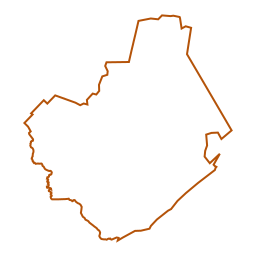 Brazoria, Texas, United States of America
{"feature_id": "52423323B52788200523187", "entity_name": "Brazoria", "entity_type": "district", "adm_level": 2, "iso_a3": "USA", "parent_name": "United States of America", "parent_adm1": "Texas", "projection": "albers", "projection_center": [-95.65, 29.212], "detail": "fine", "context": "isolated", "style": "outline", "palette": "amber", "viewbox_px": 256, "rotation_deg": 0, "n_neighbors": 0, "source": "geoboundaries", "source_scale": "gbopen_adm2", "svg_char_len": 2964}
<svg xmlns="http://www.w3.org/2000/svg" viewBox="0 0 256 256"><path d="M24.4,123.0L28.1,126.7L30.7,131.4L29.0,133.0L29.3,134.3L32.9,139.0L33.1,139.8L33.0,140.4L32.7,140.9L32.0,140.8L31.3,141.3L30.9,141.7L31.0,142.7L30.4,143.5L30.6,144.6L30.3,145.5L30.6,146.3L31.0,147.3L32.0,147.8L32.6,148.3L33.0,149.0L33.4,150.0L33.5,151.3L33.3,152.6L32.8,153.8L32.8,154.8L32.6,155.6L32.7,156.2L32.4,156.6L32.1,157.5L31.7,158.2L31.7,158.8L32.1,159.0L32.6,160.3L32.5,160.6L32.7,161.2L33.2,161.4L33.4,162.3L33.9,162.9L34.3,162.6L34.8,162.8L35.1,163.3L35.6,163.8L36.3,163.7L38.1,163.5L39.0,163.7L40.3,163.7L41.2,163.5L41.7,163.7L42.3,164.6L42.4,165.6L42.8,166.1L43.5,166.5L44.0,167.2L44.4,168.0L44.8,168.7L45.3,169.2L46.1,169.7L47.6,170.4L49.2,171.0L50.1,170.8L50.8,171.0L51.5,171.8L51.8,172.5L51.6,173.2L51.4,174.1L50.6,174.8L50.1,174.6L49.2,175.0L49.0,175.7L49.0,176.3L48.7,176.9L47.9,177.2L47.4,177.2L47.2,177.7L47.2,178.1L47.0,178.7L47.7,178.8L48.0,179.5L48.2,179.8L47.9,180.4L47.4,180.9L47.2,181.3L47.4,181.8L47.7,181.7L48.5,182.1L48.7,182.7L48.5,183.3L48.1,183.4L47.9,183.9L48.4,184.1L48.7,184.8L48.4,184.9L48.3,186.0L48.0,186.8L47.5,186.9L47.4,186.6L46.9,186.6L46.9,187.1L47.1,187.7L47.8,187.8L48.3,187.5L49.1,187.7L50.3,188.1L51.0,188.5L51.1,189.1L50.5,188.6L50.0,188.6L49.7,189.2L48.8,190.4L48.9,191.1L49.6,191.5L50.5,191.7L51.0,192.4L51.4,192.6L51.4,193.3L51.1,193.4L50.8,193.7L50.7,194.2L50.7,194.7L51.2,195.1L51.7,195.5L51.7,195.9L51.4,196.1L50.6,196.9L51.1,198.5L52.0,199.3L59.1,199.3L62.1,199.2L65.2,199.1L67.5,198.9L68.1,198.9L68.7,198.7L69.1,199.2L69.4,199.8L69.9,200.0L70.8,200.1L71.3,200.4L72.0,200.8L72.3,201.2L73.0,200.9L73.3,200.3L74.1,200.0L74.8,200.2L75.4,201.1L76.2,202.0L77.9,203.2L79.2,203.7L80.5,204.7L81.7,206.9L81.4,209.6L80.9,212.9L82.8,216.7L84.5,217.9L85.5,219.7L87.2,220.5L88.4,221.2L89.3,222.5L91.2,224.0L92.8,225.2L94.5,226.6L95.8,227.5L97.0,228.5L97.6,229.5L99.2,230.6L100.1,232.4L100.0,233.5L99.8,234.4L99.3,236.0L100.0,237.5L101.4,239.0L102.8,239.2L104.1,239.4L105.3,239.3L106.7,239.7L107.9,238.9L108.8,238.6L109.3,238.9L109.8,238.7L110.1,238.5L110.5,238.8L110.8,239.3L111.7,239.6L116.6,237.5L118.6,237.9L118.4,239.1L117.8,240.2L117.7,240.6L122.9,237.5L135.0,230.9L140.9,230.7L149.5,228.7L150.9,225.9L156.9,219.5L168.0,210.7L171.2,209.0L171.3,208.8L177.5,200.9L186.0,193.0L198.1,182.9L214.9,170.0L215.5,168.0L216.4,166.9L214.8,166.0L213.6,164.7L219.8,153.8L209.8,163.2L204.6,156.6L205.2,150.8L207.1,145.5L206.2,134.6L211.5,132.9L217.9,132.6L221.4,139.0L231.6,130.4L215.9,103.5L197.4,71.9L187.0,54.2L191.1,27.8L185.7,26.3L181.6,28.5L180.0,18.0L179.6,17.0L173.3,15.7L170.6,16.1L162.0,15.4L158.2,19.3L150.8,18.5L138.5,20.9L135.3,34.7L133.7,41.3L133.0,44.4L131.9,48.9L128.9,62.0L106.5,62.3L105.2,66.0L107.7,71.2L107.3,74.8L102.3,76.4L99.0,84.8L99.2,90.9L96.3,94.5L92.7,93.6L86.9,99.9L87.4,104.5L83.7,103.5L80.2,105.2L75.5,102.7L55.2,95.4L47.3,103.6L43.8,100.2L31.1,113.4L32.6,114.5L24.4,123.0Z" fill="none" stroke="#b45309" stroke-width="2"/></svg>